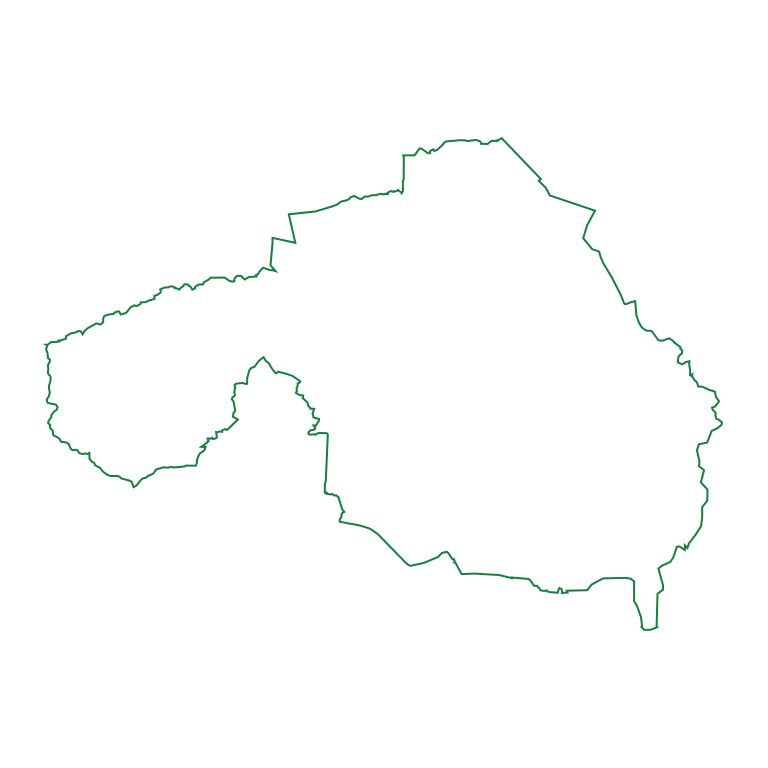 the district of Musi Rawas, Sumatera Selatan, Indonesia
{"feature_id": "22746128B56500782521831", "entity_name": "Musi Rawas", "entity_type": "district", "adm_level": 2, "iso_a3": "IDN", "parent_name": "Indonesia", "parent_adm1": "Sumatera Selatan", "projection": "mercator", "projection_center": [103.025, -3.175], "detail": "fine", "context": "isolated", "style": "outline", "palette": "green", "viewbox_px": 768, "rotation_deg": 0, "n_neighbors": 0, "source": "geoboundaries", "source_scale": "gbopen_adm2", "svg_char_len": 6060}
<svg xmlns="http://www.w3.org/2000/svg" viewBox="0 0 768 768"><path d="M455.4,562.7L461.6,574.1L474.3,573.6L499.0,575.0L512.0,578.2L511.8,577.5L528.8,579.0L531.9,582.4L533.9,585.7L537.2,585.8L538.1,587.4L539.2,588.0L540.3,590.3L544.4,591.0L546.7,590.3L547.4,591.5L549.8,592.1L557.9,592.7L558.4,589.9L559.4,588.0L561.4,589.0L562.1,590.8L562.0,593.0L567.5,592.5L566.7,590.7L587.3,590.2L591.7,584.5L603.0,578.4L625.6,577.9L630.8,578.7L634.1,581.5L634.1,601.2L637.1,606.1L641.0,617.2L642.1,626.2L641.4,626.9L644.0,629.8L650.5,629.8L657.1,627.2L656.6,626.8L657.5,593.8L663.0,589.7L663.1,585.5L658.4,568.7L661.7,565.8L670.3,562.0L673.4,557.2L676.8,546.9L679.3,546.4L684.9,550.0L684.9,545.4L687.4,547.9L689.0,543.3L695.6,534.7L701.1,526.1L702.2,516.8L702.2,507.2L707.3,500.5L707.5,489.6L700.9,482.4L704.0,470.2L698.9,466.1L699.5,461.5L696.9,450.3L699.0,444.2L707.1,442.6L711.7,430.9L717.2,428.4L721.5,424.9L721.9,422.3L718.4,419.5L716.5,418.9L715.4,415.9L715.7,412.9L712.5,409.5L712.1,407.6L715.1,406.5L718.5,402.3L718.9,401.1L715.9,396.6L714.9,391.6L709.1,389.8L702.0,386.6L698.2,386.6L697.1,382.6L694.0,379.4L692.1,376.3L692.3,374.3L690.8,375.6L690.0,375.1L690.2,370.5L689.2,364.8L689.3,361.2L685.9,362.1L682.1,364.4L677.7,362.2L678.4,357.2L679.4,355.5L681.9,353.4L682.3,351.5L682.1,350.3L680.3,348.7L680.6,347.6L680.0,346.8L673.7,342.1L673.5,341.2L669.2,338.3L662.7,340.6L659.9,340.6L658.1,339.8L652.3,331.9L651.0,330.9L646.9,330.7L645.4,330.1L641.9,327.5L639.0,322.7L636.4,315.4L635.3,302.2L634.9,301.2L634.8,300.9L633.3,301.8L631.8,301.9L626.7,303.9L624.8,304.0L624.1,303.4L621.0,295.3L612.1,277.9L603.3,263.2L600.8,257.5L599.1,251.6L592.1,249.1L583.2,238.2L587.1,225.4L595.0,210.7L549.9,195.5L545.8,187.8L538.7,180.8L540.9,179.1L501.7,138.2L497.4,140.9L497.3,140.2L494.2,141.1L492.5,140.8L490.8,141.4L487.5,144.0L481.5,143.7L481.4,144.9L481.3,143.5L480.0,141.3L476.3,140.0L467.5,141.0L464.8,140.3L460.0,140.2L445.8,141.5L443.8,142.8L443.5,144.0L437.0,150.0L434.2,151.0L433.1,149.4L430.1,151.0L430.2,154.1L430.1,153.2L427.9,153.2L421.6,148.7L419.5,148.5L414.6,155.3L403.2,155.4L403.8,157.4L403.7,179.7L402.8,181.4L403.0,190.8L401.7,193.3L400.8,192.0L398.9,191.0L398.3,189.9L396.2,191.3L393.7,191.3L393.5,191.9L390.8,191.0L387.5,192.8L387.8,194.1L384.4,193.9L383.8,194.5L381.5,193.8L378.2,194.3L376.4,195.2L371.6,195.2L368.8,196.5L364.5,196.6L361.7,199.0L359.3,198.7L354.4,195.9L350.2,197.5L349.3,198.9L347.0,200.2L341.0,201.6L337.1,204.5L333.9,205.9L315.1,211.5L288.8,214.3L295.3,242.8L272.5,237.9L272.5,243.4L270.5,265.2L275.5,271.1L272.5,270.2L270.3,270.2L263.0,267.7L259.2,271.9L258.1,274.2L255.9,275.1L256.5,276.5L249.1,277.0L244.6,279.5L241.1,275.9L237.1,275.9L234.5,278.4L234.4,281.2L232.1,281.6L229.3,280.8L224.7,277.6L210.8,277.7L208.0,280.0L203.7,282.4L203.2,284.4L198.9,284.5L195.1,286.7L195.0,288.4L192.3,289.7L190.7,286.8L189.4,286.0L189.9,285.4L189.2,285.9L187.6,284.4L184.5,284.3L183.4,285.3L183.4,286.2L181.3,287.3L179.3,289.6L174.9,287.6L174.8,288.0L172.7,286.4L170.0,286.5L168.0,287.4L164.8,287.5L160.2,289.4L160.8,291.1L160.5,292.6L157.9,294.6L154.3,296.0L154.5,298.9L149.0,300.5L145.7,302.1L140.8,302.4L140.3,304.2L138.5,304.9L137.4,305.9L135.2,305.8L134.6,305.3L130.8,307.1L126.1,312.9L120.7,314.5L119.1,311.5L117.3,311.4L116.3,312.2L114.9,312.3L113.6,313.9L108.3,314.6L104.3,316.0L103.1,318.8L103.2,322.2L100.5,324.5L96.5,323.4L88.3,327.8L84.6,330.8L82.7,334.3L81.0,331.4L78.0,331.0L76.7,332.2L70.6,333.5L66.1,336.2L66.0,338.6L60.8,340.4L58.6,340.6L59.1,341.5L55.3,342.1L51.3,342.0L47.5,344.8L46.4,344.8L47.3,345.3L46.1,349.4L47.5,353.0L48.0,358.2L49.8,359.5L50.0,361.1L47.8,365.4L48.3,368.2L47.9,373.2L49.2,375.3L50.3,376.0L50.7,377.5L50.2,382.2L49.1,385.3L48.9,387.5L49.8,392.7L48.7,396.6L46.8,399.2L47.0,401.3L47.9,403.0L55.9,404.6L57.6,407.2L56.7,409.8L54.5,411.2L51.4,415.1L51.2,417.2L48.4,421.3L48.2,423.0L50.1,425.0L50.1,428.1L52.7,430.6L53.2,435.0L59.2,438.4L61.0,441.7L66.2,442.4L68.6,443.9L70.8,448.9L72.6,450.2L75.3,449.8L77.6,450.4L79.3,453.1L80.8,453.7L83.5,454.0L85.7,453.4L87.5,453.9L89.4,452.9L89.5,458.6L92.0,461.9L94.3,462.9L95.0,465.2L100.0,467.9L103.3,471.9L107.0,474.6L110.1,475.9L118.1,476.1L119.5,476.7L121.4,478.5L129.1,480.5L131.5,481.7L133.6,487.2L136.6,485.4L141.5,479.3L144.0,478.0L145.9,477.8L147.9,476.0L153.2,473.7L156.1,469.5L163.2,467.4L168.3,467.6L171.1,466.9L173.9,467.5L184.9,466.4L185.8,465.6L195.8,465.7L196.8,463.2L197.0,459.7L198.6,455.6L199.8,453.5L202.9,451.5L204.7,449.7L205.6,447.0L201.3,446.8L203.3,445.4L204.3,445.2L205.4,443.5L206.6,443.2L207.5,441.8L208.6,441.3L207.6,438.6L210.1,438.4L210.7,438.8L212.3,437.8L213.0,438.9L213.8,439.0L216.0,438.2L216.7,437.7L216.8,436.4L216.1,432.2L217.3,432.4L219.3,431.5L222.1,431.8L222.3,430.3L225.1,429.1L227.1,430.0L237.8,419.5L233.0,416.8L233.4,413.2L235.3,410.8L233.5,401.4L231.8,399.2L232.5,397.4L235.0,395.3L234.3,392.0L235.1,387.2L234.5,385.2L235.9,383.8L239.0,383.3L243.0,383.0L245.3,383.9L247.1,383.8L247.2,378.0L249.4,370.1L251.5,367.8L254.5,366.8L258.7,361.0L263.5,357.2L265.8,360.9L268.6,363.0L272.2,369.0L275.5,373.2L276.4,373.2L278.0,371.7L286.7,373.9L292.4,375.9L300.1,381.1L300.4,380.7L300.0,382.2L297.7,383.5L297.5,386.3L296.5,388.4L296.9,390.9L295.9,392.9L299.6,395.0L303.1,395.5L303.3,396.3L302.6,398.0L307.0,402.0L308.1,404.4L308.0,405.6L310.1,407.7L310.3,408.6L314.2,408.8L312.5,413.8L313.3,415.7L313.4,417.4L319.1,419.0L319.0,420.4L316.0,425.5L313.6,425.4L315.2,427.8L314.6,429.5L310.4,430.4L308.5,432.3L308.5,434.0L310.0,434.7L314.2,434.3L315.5,434.8L317.3,433.4L319.2,433.0L326.7,433.2L327.4,433.7L327.8,434.8L325.8,480.8L324.9,484.4L324.8,492.6L326.1,493.5L326.6,492.7L327.8,494.0L331.4,494.5L332.3,494.0L334.8,495.6L336.1,495.3L338.4,497.1L342.3,509.6L344.2,511.6L344.2,512.1L342.6,512.7L341.5,514.5L341.5,517.0L339.9,519.1L339.7,521.7L350.5,523.8L350.9,523.3L350.7,523.7L359.9,525.5L369.0,528.3L372.2,530.1L378.0,534.3L406.4,563.4L409.5,565.6L410.7,565.8L423.5,563.0L437.8,557.1L441.8,553.0L446.8,551.8L448.5,553.3L452.6,559.4L453.7,559.0L455.0,561.9L454.4,562.4L455.4,562.7Z" fill="none" stroke="#15803d" stroke-width="2"/></svg>